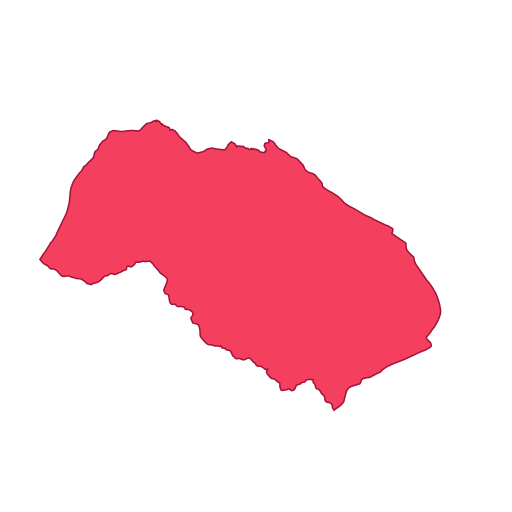 the district of Phiang, Xaignabouri, Laos, rotated 295°
{"feature_id": "54806243B59484994865641", "entity_name": "Phiang", "entity_type": "district", "adm_level": 2, "iso_a3": "LAO", "parent_name": "Laos", "parent_adm1": "Xaignabouri", "projection": "natural_earth1", "projection_center": [101.454, 18.877], "detail": "fine", "context": "isolated", "style": "filled", "palette": "rose", "viewbox_px": 512, "rotation_deg": 295, "n_neighbors": 0, "source": "geoboundaries", "source_scale": "gbopen_adm2", "svg_char_len": 6095}
<svg xmlns="http://www.w3.org/2000/svg" viewBox="0 0 512 512"><g transform="rotate(295 256 256)"><path d="M366.9,218.5L366.5,218.4L366.2,218.5L365.9,219.0L365.1,219.7L364.3,219.5L363.3,218.6L362.4,216.9L361.4,216.4L361.1,216.6L359.6,216.7L359.3,216.8L358.8,217.6L357.8,218.7L356.9,220.4L356.1,220.6L355.5,220.5L354.8,219.9L354.4,220.0L353.8,220.3L353.6,220.2L352.9,219.0L352.4,217.0L352.0,216.5L352.9,213.6L352.9,213.0L352.6,211.6L352.8,210.9L352.7,210.6L352.2,210.1L352.1,209.4L352.1,208.7L352.3,208.4L352.2,208.1L351.4,207.9L351.1,207.7L351.5,206.9L351.5,206.3L351.2,206.1L350.2,205.7L349.8,205.3L349.7,204.9L349.7,204.4L350.1,203.1L349.9,202.6L349.6,202.2L349.5,201.6L349.4,201.3L349.7,199.4L349.7,198.7L350.0,198.2L349.6,197.5L348.9,195.7L348.9,194.8L348.6,194.2L347.6,192.5L346.7,192.5L346.7,192.0L347.4,191.6L347.8,191.1L348.7,189.6L348.8,189.0L349.0,186.0L349.1,185.4L345.2,183.7L342.6,183.8L338.9,182.8L336.4,175.4L335.1,170.2L332.5,166.8L328.2,164.0L324.3,159.1L324.7,151.9L327.0,148.7L329.3,144.4L331.7,136.2L334.4,131.8L334.2,131.3L335.2,129.7L335.2,128.7L335.3,128.3L335.2,127.2L335.3,126.4L334.5,126.2L334.5,125.6L333.8,124.7L334.9,124.0L335.5,123.3L335.7,122.3L335.7,122.0L335.4,121.4L335.5,120.2L335.1,119.2L335.3,118.7L335.0,118.5L335.2,118.0L335.5,117.7L335.2,116.9L335.0,115.3L336.0,115.4L335.7,113.8L336.1,113.4L336.5,112.3L337.2,111.9L337.3,111.7L336.9,110.9L336.9,110.4L337.1,109.5L337.1,108.4L336.8,108.3L335.7,108.7L335.6,108.4L335.9,108.0L335.9,107.6L335.5,107.2L335.4,106.4L332.8,104.6L330.9,102.6L329.9,100.9L324.9,99.0L320.6,97.7L319.5,96.2L317.4,90.6L314.4,85.4L312.2,82.1L309.4,73.6L306.4,70.9L303.4,70.8L301.3,71.0L298.6,70.7L295.4,68.6L290.3,67.3L286.4,67.6L285.2,67.4L283.7,66.5L281.8,65.9L277.2,67.0L274.9,66.5L269.4,64.4L267.5,63.9L265.7,63.1L263.6,62.0L259.3,62.0L257.6,61.2L255.7,60.7L250.2,59.6L247.5,59.2L244.8,59.1L239.7,59.5L235.5,60.6L234.0,61.1L232.5,61.8L225.1,64.3L217.7,65.7L214.0,66.1L192.7,65.8L189.5,66.0L186.1,65.4L183.8,65.2L182.1,64.8L181.1,64.1L180.0,64.3L173.2,63.4L171.5,63.3L167.7,62.4L161.6,61.6L159.5,66.3L159.2,68.0L159.1,70.9L158.6,72.5L157.6,74.6L157.7,75.8L158.7,78.0L158.8,80.0L158.4,82.1L156.2,87.0L155.8,88.8L156.1,90.1L156.9,91.6L158.4,93.6L158.9,94.6L158.8,96.7L159.1,98.9L159.6,100.7L159.6,102.6L161.0,106.0L161.3,107.8L160.9,109.2L160.7,111.9L159.8,113.5L159.6,115.0L160.2,116.8L160.3,118.5L160.9,119.3L162.3,119.8L163.7,121.8L165.3,123.7L168.4,125.5L172.0,126.6L174.1,127.5L174.7,128.5L174.9,129.2L176.2,130.3L177.6,130.7L179.0,132.5L179.5,133.9L179.3,134.7L179.5,135.6L180.5,137.0L182.7,138.7L184.5,140.4L187.0,142.3L188.6,144.0L189.4,144.2L190.9,143.5L192.2,143.8L193.0,144.6L192.9,146.3L193.2,147.1L194.7,148.5L197.6,149.6L198.8,149.3L199.5,149.6L201.0,152.7L203.7,156.1L204.1,158.1L206.5,161.6L206.3,163.0L205.4,165.7L204.2,167.6L201.5,174.1L200.5,175.6L200.0,176.8L199.3,181.1L198.4,184.1L197.6,185.2L196.2,186.0L192.4,186.5L188.0,186.6L186.4,186.8L185.5,187.1L185.0,188.0L184.2,188.7L183.8,189.3L183.6,190.1L183.8,191.7L183.7,192.8L183.4,193.5L179.6,196.0L177.9,197.4L177.3,198.0L176.7,199.3L176.6,200.1L176.7,200.5L177.8,202.2L178.0,202.9L177.8,204.0L177.3,205.2L177.1,206.1L177.2,206.9L178.2,208.4L179.1,211.3L179.2,212.8L179.0,213.4L177.8,214.4L179.0,217.8L179.0,219.4L178.2,222.3L176.9,223.4L175.8,223.6L174.4,223.5L172.5,223.2L171.9,223.3L168.7,226.9L168.6,227.2L169.4,231.1L169.3,232.8L168.0,234.3L166.4,235.6L164.3,237.0L160.3,239.0L159.3,240.0L156.9,245.1L155.8,248.3L155.6,249.4L155.7,250.7L156.8,253.5L156.8,255.3L157.2,256.8L158.2,259.1L158.6,261.3L158.9,261.7L159.6,262.2L159.8,262.5L158.4,263.8L158.4,264.5L158.9,265.7L159.0,266.6L158.5,268.6L158.7,269.9L159.1,271.5L159.2,272.6L159.1,273.1L156.1,276.6L155.6,277.3L155.3,279.3L154.5,280.5L154.5,281.5L156.2,284.4L156.3,287.8L156.6,288.7L157.4,289.6L159.0,290.8L160.5,292.7L160.8,293.2L160.8,293.8L159.9,295.7L159.2,297.6L158.7,298.6L158.6,300.2L157.2,302.3L156.9,303.4L156.9,304.2L158.0,306.6L158.1,307.3L157.8,308.9L157.8,309.9L157.6,310.7L157.2,311.4L157.1,312.0L157.2,312.6L158.4,314.4L157.9,314.5L155.9,314.4L155.3,314.6L154.5,315.1L153.4,317.1L151.9,320.4L151.6,321.5L151.7,322.5L152.2,324.5L152.2,325.7L151.3,327.8L151.1,329.2L151.1,330.4L150.3,331.7L148.4,332.5L147.0,333.4L145.7,334.6L145.1,335.5L145.1,336.2L145.5,337.1L148.3,341.0L149.4,341.7L149.6,342.8L149.1,344.0L149.1,345.2L149.6,346.2L150.8,347.1L151.8,347.3L155.7,347.3L156.7,347.9L159.1,350.5L159.8,350.8L160.6,350.9L161.4,351.8L162.3,353.3L163.7,353.9L165.1,354.2L165.7,354.8L166.4,356.4L167.0,357.0L167.3,357.8L167.3,358.8L168.0,360.1L166.0,360.9L165.3,361.7L165.1,362.9L164.6,363.6L162.2,365.5L161.7,366.2L161.4,367.0L161.5,369.5L161.2,370.4L160.0,372.3L159.1,373.3L158.2,376.2L157.5,377.5L156.3,378.4L155.0,379.2L154.0,380.0L153.6,381.1L153.5,381.8L153.6,382.8L154.1,384.1L154.1,385.7L153.9,386.7L153.3,387.7L151.8,388.9L150.8,389.4L149.4,391.6L149.2,391.8L152.5,393.6L153.7,394.4L156.3,395.8L158.2,396.4L160.9,397.1L170.5,395.3L172.7,395.2L175.4,395.7L177.5,397.0L179.5,399.0L183.9,404.0L185.1,404.3L188.4,403.9L189.8,404.6L191.6,406.6L193.7,409.9L195.4,411.5L196.9,412.5L201.0,415.7L203.3,417.7L205.7,418.5L207.3,419.2L210.7,421.2L213.4,423.4L216.2,425.8L225.1,434.3L237.3,444.5L240.2,447.1L242.2,449.1L246.2,452.1L248.1,452.9L249.3,452.5L251.1,450.9L252.4,447.7L252.8,446.0L253.8,444.9L255.3,445.0L260.7,446.4L262.7,446.6L267.1,447.7L273.5,448.2L277.4,448.1L280.5,447.7L283.1,447.1L284.9,446.2L289.1,443.3L292.1,440.8L295.9,437.1L298.6,434.1L300.9,430.6L301.9,429.4L305.1,423.6L306.3,420.9L307.3,419.2L316.1,404.3L318.2,401.9L321.6,399.4L323.5,393.7L325.0,390.3L328.0,387.9L331.0,386.5L333.3,372.4L333.9,369.5L336.2,369.5L338.5,368.4L339.1,363.2L338.8,359.8L338.9,353.0L338.9,347.8L339.3,344.2L339.1,337.1L340.3,325.4L340.5,319.7L341.3,313.9L343.3,309.2L344.8,304.0L345.6,297.5L345.8,293.5L346.4,289.6L347.3,286.7L349.6,285.4L351.4,282.0L352.5,278.8L354.3,275.9L354.7,272.8L354.2,269.4L354.1,267.1L355.2,263.7L358.2,260.5L361.5,252.1L360.7,245.4L362.7,239.6L363.0,231.2L364.6,227.3L366.1,224.9L366.8,223.1L366.9,218.5Z" fill="#f43f5e" stroke="#9f1239" stroke-width="1.5"/></g></svg>